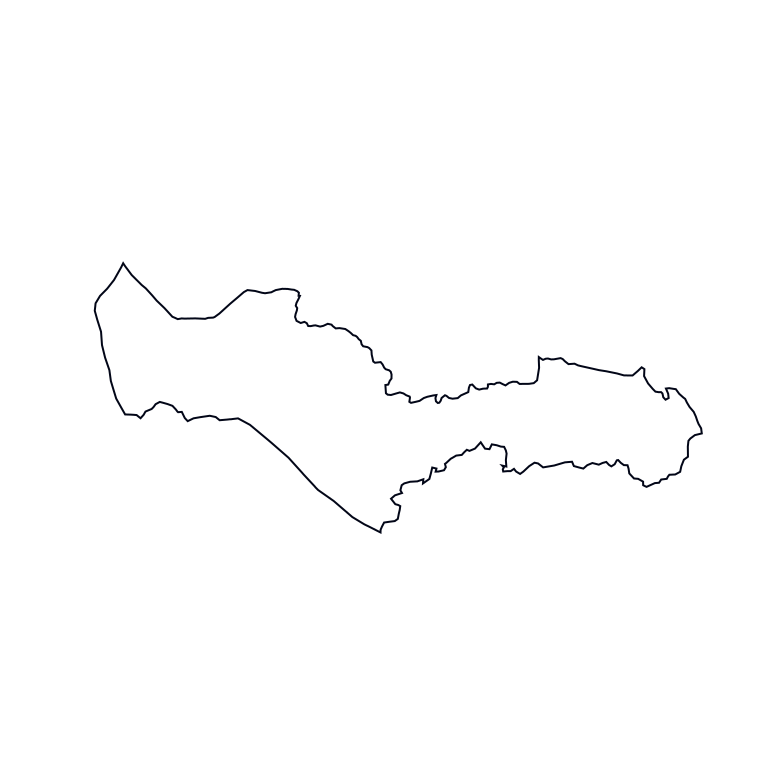 the district of Seekon, Sinoe, Liberia, rotated 227°
{"feature_id": "62588387B87591253137556", "entity_name": "Seekon", "entity_type": "district", "adm_level": 2, "iso_a3": "LBR", "parent_name": "Liberia", "parent_adm1": "Sinoe", "projection": "mercator", "projection_center": [-8.669, 5.635], "detail": "fine", "context": "isolated", "style": "outline", "palette": "ink", "viewbox_px": 768, "rotation_deg": 227, "n_neighbors": 0, "source": "geoboundaries", "source_scale": "gbopen_adm2", "svg_char_len": 4738}
<svg xmlns="http://www.w3.org/2000/svg" viewBox="0 0 768 768"><g transform="rotate(227 384 384)"><path d="M545.8,175.7L541.2,174.6L538.3,173.9L534.2,178.0L532.1,180.0L530.0,181.9L528.4,182.1L525.0,182.6L525.4,187.3L526.2,189.7L526.5,190.8L525.4,193.8L524.2,197.0L524.3,199.7L525.0,203.2L523.8,207.8L521.1,209.5L517.0,212.0L512.3,214.4L507.3,214.4L504.8,214.1L503.8,214.2L501.5,217.1L495.0,215.1L491.6,215.1L490.7,215.1L488.8,221.3L486.7,224.5L485.0,227.1L479.6,234.9L474.6,238.4L469.6,239.1L464.9,245.1L463.1,247.5L462.6,248.0L461.7,249.3L458.4,253.8L445.6,258.1L422.7,261.0L417.6,261.6L395.2,263.9L375.2,263.6L372.8,263.5L356.3,263.5L355.2,263.4L351.4,263.5L332.9,267.4L328.4,267.9L308.3,270.1L294.8,273.9L292.4,274.8L290.7,275.5L277.8,280.2L279.7,282.1L281.1,285.3L282.6,289.6L279.5,294.1L276.4,298.4L275.9,302.1L279.2,306.6L281.1,309.5L283.6,312.6L285.8,311.9L288.4,310.3L295.3,310.9L295.1,316.1L292.0,322.8L295.1,323.5L297.9,327.9L297.5,331.0L294.7,336.4L290.4,341.6L290.1,341.9L287.5,347.8L284.7,344.7L283.6,352.4L286.5,357.1L290.0,362.3L286.4,364.7L284.7,362.0L282.8,364.2L280.0,369.1L281.0,372.5L284.0,374.1L283.8,375.7L283.8,381.9L283.3,383.9L282.4,388.0L279.1,392.5L279.4,396.2L279.4,399.7L276.8,400.9L274.7,406.5L275.4,415.0L273.0,414.6L267.8,413.8L264.4,416.7L266.3,421.7L262.3,424.7L258.5,426.8L256.1,429.0L252.3,427.8L249.5,426.2L245.2,421.2L240.2,417.2L243.7,414.8L241.3,414.8L240.6,412.7L238.7,411.5L236.3,414.6L233.9,417.2L233.3,421.2L229.9,420.9L225.4,422.2L224.9,426.2L224.9,434.2L223.8,440.4L220.8,442.5L214.5,443.5L208.3,452.9L203.3,462.9L198.9,468.5L194.5,466.9L189.6,469.9L186.2,472.1L186.0,477.3L184.1,482.5L178.5,486.1L177.2,490.0L175.4,493.4L171.3,493.4L168.7,494.1L168.0,498.0L169.4,502.2L168.7,503.4L164.9,503.4L161.1,504.1L158.5,506.7L155.4,505.2L151.3,502.4L144.4,502.4L141.3,505.2L135.9,506.9L133.2,504.5L130.8,505.4L129.7,505.9L126.8,514.5L124.2,517.8L125.1,521.6L121.8,526.1L122.7,528.7L123.0,530.8L119.2,535.3L117.8,540.7L121.1,545.4L124.1,551.7L123.5,556.7L131.0,563.5L134.3,567.3L134.8,567.9L135.2,570.8L134.6,576.5L131.1,582.7L135.3,585.7L140.3,586.8L143.4,588.0L147.6,589.9L152.4,591.5L158.8,591.8L163.9,592.9L167.7,594.1L170.0,593.7L175.5,593.2L181.2,593.9L182.9,592.5L186.5,589.7L188.4,587.1L183.1,585.2L179.6,582.6L180.5,579.2L183.8,579.2L187.2,581.2L189.1,581.1L190.6,579.4L193.3,577.3L197.1,577.2L204.3,577.5L212.4,579.6L217.3,584.6L217.8,584.5L220.5,583.8L220.4,578.6L220.7,571.6L226.6,565.4L232.8,561.6L241.9,555.1L247.5,550.7L252.5,547.3L262.7,540.3L265.3,538.6L268.9,537.2L272.7,532.5L277.2,531.8L280.4,531.7L282.5,530.8L286.1,525.2L288.0,523.0L290.8,521.3L292.2,519.5L293.2,516.7L296.1,516.0L298.1,515.6L295.9,513.5L290.1,508.5L286.2,503.5L282.3,498.5L282.5,494.1L285.2,490.2L291.6,483.2L294.9,482.7L297.8,479.8L299.5,476.3L300.1,471.9L303.0,470.7L306.1,469.6L308.0,467.2L308.6,464.4L311.1,462.3L312.8,459.7L311.0,458.0L310.4,456.3L313.0,453.3L315.0,449.8L318.2,448.2L323.4,448.2L324.6,446.2L323.4,443.6L320.6,440.1L323.2,432.5L323.4,428.3L326.5,424.1L329.5,422.0L332.7,421.6L334.2,420.9L334.5,416.6L333.1,414.1L332.6,411.7L333.4,410.4L335.9,410.2L338.6,412.0L340.2,414.8L342.1,412.1L345.1,407.0L346.6,403.5L347.4,398.5L349.3,395.1L351.8,390.9L353.7,390.4L356.3,393.7L357.3,394.2L360.6,392.6L363.8,391.8L367.0,389.9L368.8,386.4L371.2,381.6L373.7,379.4L375.9,379.1L382.3,384.3L381.4,385.6L380.7,386.7L382.4,390.4L382.9,393.2L385.8,396.0L388.4,397.3L390.5,397.1L393.7,395.3L395.9,395.3L399.2,396.3L402.3,396.5L405.7,391.9L407.8,391.5L413.8,395.0L414.9,395.9L417.1,397.7L420.3,397.7L422.2,397.1L425.8,394.5L428.3,394.7L431.4,396.5L434.0,396.1L436.7,396.4L438.6,396.1L440.8,394.7L444.1,394.5L446.8,394.1L450.6,393.2L455.2,389.6L457.6,386.6L461.4,386.0L463.2,386.1L466.4,383.9L467.9,379.3L469.6,376.4L473.6,373.9L474.7,372.5L476.3,369.9L478.1,368.1L481.1,369.0L483.7,368.2L485.4,364.7L489.8,363.1L493.7,364.7L495.4,367.0L497.2,370.4L498.7,372.3L501.4,372.8L503.0,375.3L504.3,379.0L505.8,382.6L506.8,381.7L508.8,384.0L510.9,383.9L514.2,382.5L516.0,380.9L519.3,378.3L523.0,374.5L526.5,368.9L527.5,365.7L527.9,364.2L531.5,358.9L533.9,357.0L539.9,353.2L545.8,348.2L546.8,344.2L547.1,336.7L547.1,336.3L547.6,326.4L547.8,311.5L547.9,310.8L548.5,305.8L549.1,304.3L552.3,300.5L553.6,297.7L560.7,290.7L567.6,283.0L568.8,281.8L569.9,280.8L572.1,277.4L575.3,276.1L577.5,275.1L589.2,275.2L600.0,274.6L606.8,274.9L616.4,275.0L621.7,274.3L630.1,274.0L635.8,273.8L646.6,275.0L649.1,275.4L650.2,275.6L648.5,271.1L644.2,257.5L642.5,246.5L642.1,236.4L640.2,229.8L639.8,228.3L639.4,227.7L637.7,225.8L635.5,223.2L634.8,222.4L631.5,220.7L626.7,218.2L615.2,212.7L604.8,204.3L594.4,198.5L593.5,198.0L581.4,192.6L572.5,186.3L564.8,182.5L556.0,178.2L545.8,175.7Z" fill="none" stroke="#020617" stroke-width="2"/></g></svg>